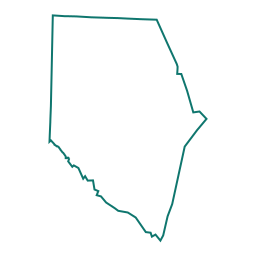 Spartanburg, South Carolina, United States of America
{"feature_id": "52423323B24740485283278", "entity_name": "Spartanburg", "entity_type": "district", "adm_level": 2, "iso_a3": "USA", "parent_name": "United States of America", "parent_adm1": "South Carolina", "projection": "robinson", "projection_center": [-82.102, 34.888], "detail": "fine", "context": "isolated", "style": "outline", "palette": "teal", "viewbox_px": 256, "rotation_deg": 0, "n_neighbors": 0, "source": "geoboundaries", "source_scale": "gbopen_adm2", "svg_char_len": 1446}
<svg xmlns="http://www.w3.org/2000/svg" viewBox="0 0 256 256"><path d="M73.8,165.4L78.4,168.0L83.2,178.7L85.1,176.2L87.7,180.6L93.0,180.4L94.5,189.5L98.3,191.1L96.7,195.2L101.0,196.4L106.1,202.5L114.9,208.3L118.2,210.8L127.8,212.5L135.7,217.5L145.8,232.1L150.6,232.7L151.9,236.6L155.5,234.6L160.4,240.6L163.2,235.4L167.6,216.3L172.2,204.1L184.7,146.6L197.1,130.1L206.5,118.9L199.5,111.5L193.3,112.4L187.1,90.8L181.3,74.0L177.2,73.9L177.5,69.4L177.6,66.7L176.8,64.1L169.2,47.5L166.6,41.8L156.7,19.7L141.2,19.2L127.9,18.6L118.1,18.1L106.5,17.8L103.8,17.7L91.2,17.3L86.2,17.0L76.2,16.4L67.5,16.2L64.7,16.2L62.0,16.0L59.0,15.8L52.8,15.4L51.6,73.1L50.9,105.9L50.9,106.0L50.4,118.8L50.3,122.4L49.8,133.9L49.5,141.7L50.9,140.4L54.3,144.1L54.3,144.3L54.4,144.6L54.5,144.8L55.0,144.9L55.1,145.0L55.3,145.2L55.5,145.4L55.8,145.5L56.1,145.7L56.4,146.0L56.5,146.2L56.6,146.3L57.0,146.2L57.4,146.2L57.6,146.3L57.9,146.5L58.1,146.8L58.3,146.9L58.8,147.2L58.9,147.5L59.2,147.8L59.3,148.0L59.5,148.4L59.7,148.6L59.9,148.9L60.0,149.0L60.3,149.3L60.4,149.5L60.5,149.9L61.0,150.4L62.6,152.5L63.1,152.7L63.4,153.1L63.6,153.3L64.0,154.0L64.3,154.3L64.5,154.5L64.7,155.0L64.9,155.3L65.1,155.5L65.3,155.7L65.6,156.4L65.8,156.8L65.8,157.4L65.7,157.6L65.7,158.1L65.8,158.1L66.3,158.2L66.5,158.1L66.9,158.0L67.6,157.7L67.9,157.6L68.1,157.6L68.4,157.8L68.3,158.1L68.6,158.7L69.0,159.1L68.2,161.4L72.3,166.8L73.8,165.4Z" fill="none" stroke="#0f766e" stroke-width="2"/></svg>